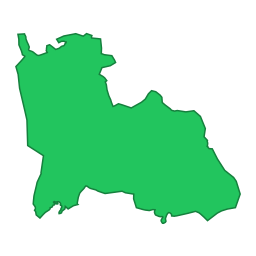 outline of Kiri Kasama, Jigawa, Nigeria, rotated 89°
{"feature_id": "59680162B41078826165134", "entity_name": "Kiri Kasama", "entity_type": "district", "adm_level": 2, "iso_a3": "NGA", "parent_name": "Nigeria", "parent_adm1": "Jigawa", "projection": "albers", "projection_center": [10.22, 12.6], "detail": "fine", "context": "isolated", "style": "filled", "palette": "green", "viewbox_px": 256, "rotation_deg": 89, "n_neighbors": 0, "source": "geoboundaries", "source_scale": "gbopen_adm2", "svg_char_len": 3795}
<svg xmlns="http://www.w3.org/2000/svg" viewBox="0 0 256 256"><g transform="rotate(89 128 128)"><path d="M112.9,69.9L112.3,73.3L111.4,78.5L111.9,81.1L111.1,84.1L109.5,85.5L105.7,90.4L103.1,93.3L97.9,93.6L95.7,95.3L92.2,99.6L91.1,103.8L94.2,107.0L99.4,110.2L102.5,114.1L108.0,124.4L104.7,133.6L103.6,137.1L104.9,139.6L105.6,140.9L106.2,142.6L104.0,143.4L101.9,144.2L99.6,144.8L95.5,146.6L89.5,148.3L84.4,148.9L81.5,149.9L80.3,148.4L77.4,150.5L76.0,152.2L73.8,155.8L67.2,153.0L65.4,144.6L62.3,139.3L59.9,140.3L55.4,142.9L54.3,150.4L53.1,153.4L47.7,153.1L38.5,153.9L38.1,156.7L37.4,162.7L37.1,162.9L36.2,162.9L34.9,162.5L32.9,167.8L35.4,171.1L32.8,178.6L34.9,190.6L38.0,197.8L41.5,195.7L40.2,193.1L40.1,190.5L40.6,189.7L40.8,188.9L40.8,188.4L41.5,188.4L41.8,188.6L42.1,188.8L42.3,189.0L42.4,189.3L42.6,189.3L42.9,189.6L43.5,189.9L44.1,190.2L44.6,190.7L44.8,191.3L44.9,192.1L45.1,192.7L45.3,193.1L45.5,193.4L47.0,195.3L48.2,198.9L46.0,201.6L44.0,204.1L43.4,204.9L43.6,205.7L43.8,206.1L44.3,207.7L45.4,207.8L46.9,208.1L48.0,208.1L49.3,208.4L51.1,207.4L51.4,208.2L53.3,213.7L53.6,214.7L53.8,215.4L53.9,216.3L53.7,217.3L53.0,218.4L52.4,219.1L51.7,220.0L50.5,221.4L49.9,222.4L49.6,223.2L49.4,223.6L49.2,224.2L49.1,224.7L48.7,225.5L48.3,225.8L48.0,226.0L47.1,225.9L46.7,225.7L46.3,225.5L45.8,225.4L45.4,225.4L45.0,225.4L44.5,225.6L43.8,225.9L43.0,226.1L42.4,226.4L41.7,226.7L40.6,227.2L39.9,227.5L39.5,227.8L39.2,227.8L38.8,227.8L38.5,228.0L37.5,228.4L36.9,228.5L36.3,228.5L35.9,228.5L35.3,228.6L34.9,228.6L33.5,229.2L33.1,229.5L32.4,229.9L32.1,229.9L32.4,236.4L37.3,235.6L43.0,235.6L48.8,233.3L51.2,232.6L52.9,232.3L54.4,229.9L55.2,230.2L56.2,231.1L56.9,231.8L57.7,232.3L58.5,233.3L58.8,233.4L64.6,239.0L72.5,236.9L86.4,235.7L108.6,230.9L118.3,228.9L134.6,228.7L143.8,228.6L154.2,213.0L171.4,215.8L172.0,215.6L180.7,219.8L182.8,220.3L183.7,220.5L192.6,222.8L194.3,223.2L199.3,223.8L202.3,224.1L205.3,222.1L207.4,222.0L208.6,222.9L210.0,221.8L213.3,221.3L215.9,218.3L216.5,217.6L212.9,214.2L210.9,212.1L209.8,210.3L208.7,208.6L208.5,208.2L207.4,207.3L206.3,207.2L205.9,205.5L203.7,204.1L203.6,203.0L202.8,202.4L202.1,202.7L201.4,203.6L200.8,203.8L200.2,203.1L200.4,202.4L201.1,202.4L201.4,202.0L201.9,201.7L202.3,201.2L202.8,200.4L202.6,199.5L202.2,199.4L201.7,199.6L201.3,200.0L200.6,200.5L200.4,199.5L200.5,198.5L201.0,197.7L201.7,197.1L202.3,196.7L203.0,196.9L203.7,197.0L204.2,196.7L204.2,196.0L204.8,195.6L205.8,195.5L206.6,195.9L207.3,196.4L208.2,196.4L208.9,196.9L209.8,197.7L210.6,198.2L211.5,198.5L212.4,198.4L212.3,197.4L211.7,196.0L210.9,195.7L209.9,195.3L207.8,192.5L205.3,192.1L207.9,189.3L207.0,187.8L204.7,183.8L203.6,179.4L203.2,179.8L202.4,180.1L196.4,178.9L192.3,177.4L190.5,175.9L188.0,173.4L187.0,172.6L185.8,171.8L185.3,171.3L185.3,170.6L185.6,169.7L186.3,168.9L187.1,167.8L187.8,166.5L189.3,161.3L190.6,159.1L192.2,154.7L193.1,152.1L191.1,135.0L192.7,131.8L194.2,123.4L199.0,123.6L203.0,122.4L207.8,121.0L209.7,114.7L210.3,112.3L210.9,108.1L210.0,104.7L210.2,102.4L211.8,102.9L212.9,103.0L214.2,102.6L215.4,102.0L216.1,100.5L216.9,98.7L217.2,97.4L217.2,95.8L217.2,94.9L218.0,94.8L219.5,95.8L220.7,96.5L221.7,96.4L222.7,95.9L223.8,95.2L223.9,94.1L222.9,92.3L222.0,91.7L220.7,91.9L219.5,92.2L217.6,91.6L215.8,90.9L214.3,90.0L213.3,88.9L213.5,87.7L214.3,86.7L215.2,86.0L216.7,85.9L217.0,83.1L216.8,82.1L216.7,81.0L214.4,69.9L212.5,61.9L213.9,58.7L215.1,57.1L218.3,53.7L222.0,50.1L214.6,40.1L212.5,35.9L210.8,30.2L209.5,22.0L196.0,17.0L183.2,20.7L179.4,23.2L172.1,32.0L160.6,39.1L155.7,41.5L150.3,44.1L150.0,47.3L149.5,47.7L148.8,48.4L148.3,48.5L148.0,48.5L147.8,49.0L147.7,49.2L146.5,48.8L144.8,48.6L144.1,48.7L143.4,48.8L143.0,49.0L142.5,49.1L142.2,49.0L141.8,48.8L138.1,52.1L129.9,50.7L117.7,55.4L111.9,61.8L112.9,69.9Z" fill="#22c55e" stroke="#15803d" stroke-width="1.5"/></g></svg>